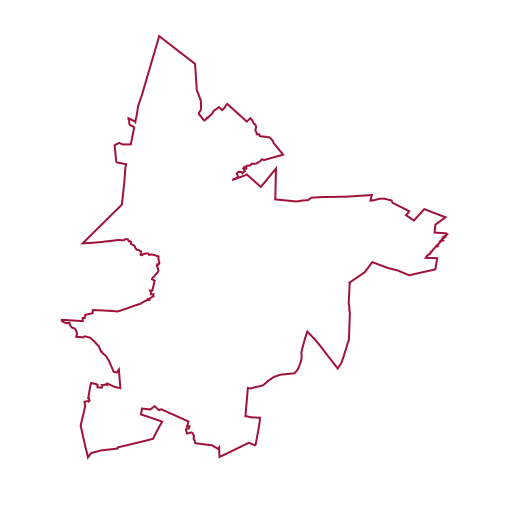 Tequixquiac, México, Mexico, rotated 274°
{"feature_id": "50627088B83518275291231", "entity_name": "Tequixquiac", "entity_type": "district", "adm_level": 2, "iso_a3": "MEX", "parent_name": "Mexico", "parent_adm1": "México", "projection": "orthographic", "projection_center": [-99.144, 19.894], "detail": "fine", "context": "isolated", "style": "outline", "palette": "rose", "viewbox_px": 512, "rotation_deg": 274, "n_neighbors": 0, "source": "geoboundaries", "source_scale": "gbopen_adm2", "svg_char_len": 5991}
<svg xmlns="http://www.w3.org/2000/svg" viewBox="0 0 512 512"><g transform="rotate(274 256 256)"><path d="M67.1,268.2L67.8,268.8L84.6,270.7L92.1,271.3L92.5,271.3L95.0,271.2L95.1,270.3L94.8,269.4L94.8,261.9L95.2,259.5L95.4,258.9L95.4,256.6L123.8,257.1L123.5,260.0L124.5,262.6L125.4,265.3L126.1,268.1L127.6,272.1L130.3,274.9L132.3,276.8L135.6,281.0L136.7,282.5L139.3,288.6L141.7,302.7L144.3,304.5L145.6,305.5L148.0,306.4L152.5,307.8L155.3,308.3L158.8,308.6L162.1,308.1L162.9,308.0L166.9,308.6L177.4,310.7L184.1,312.5L176.8,320.7L171.2,326.0L160.9,335.1L149.4,345.4L155.7,348.8L163.7,350.9L164.5,351.0L172.3,352.9L174.4,353.3L176.3,353.8L177.6,354.1L178.3,354.4L179.2,354.5L206.2,353.6L208.8,352.7L209.7,353.0L215.8,351.7L235.9,351.4L236.0,351.2L247.6,365.8L258.0,372.4L253.3,388.3L251.5,398.1L247.5,410.1L255.2,435.9L266.5,436.9L266.0,425.4L268.3,426.7L270.0,429.0L270.5,429.0L270.7,429.9L272.3,430.1L273.0,431.2L274.5,432.0L277.8,434.8L278.1,436.0L278.4,436.6L278.6,436.8L278.7,436.6L278.0,434.7L283.0,439.1L283.5,438.5L283.8,439.0L284.5,441.4L284.8,441.0L285.6,440.2L287.1,442.3L288.2,443.3L288.3,441.9L290.9,445.3L291.9,444.1L291.8,432.5L299.9,432.8L307.8,442.4L314.5,420.6L302.4,411.0L307.2,402.8L309.6,404.7L311.4,405.6L318.6,388.5L320.8,387.4L322.2,379.8L321.7,375.3L320.0,370.2L319.8,369.7L319.2,366.3L324.9,367.3L321.3,340.6L321.0,335.7L320.6,332.4L319.4,317.5L318.0,307.1L315.3,303.9L314.5,297.9L313.8,295.5L313.2,292.2L313.8,271.3L344.6,269.8L325.2,256.0L336.7,241.1L335.4,238.7L330.5,227.9L330.8,227.9L331.1,228.2L331.8,230.1L332.8,231.5L333.5,232.9L336.9,231.0L338.9,233.0L338.7,235.8L337.6,236.6L340.0,239.0L342.6,237.1L343.9,238.2L342.3,240.2L342.4,240.3L345.2,240.1L345.7,242.8L345.7,243.2L346.0,243.9L347.6,245.1L348.1,249.8L350.1,252.4L350.3,253.0L351.4,254.1L352.8,254.9L352.3,257.4L359.0,276.0L369.9,265.7L371.9,264.9L375.3,261.3L375.2,259.5L375.6,258.1L375.7,252.7L375.9,251.5L377.3,250.8L377.6,250.7L377.5,250.1L377.4,248.3L377.7,248.1L378.3,248.3L379.7,247.6L380.9,246.7L381.4,246.6L382.7,246.8L384.0,247.1L385.1,247.0L386.6,246.4L387.3,245.6L388.7,244.1L389.8,243.7L391.5,242.3L393.0,240.8L389.5,237.4L403.3,219.8L405.7,216.7L404.5,215.7L403.6,215.2L402.1,214.6L401.6,214.3L400.6,213.2L399.1,212.0L401.1,209.7L401.9,208.6L401.5,208.2L399.7,206.1L398.4,204.1L395.2,202.4L394.2,201.7L392.9,200.5L392.3,199.8L390.3,198.1L390.4,197.8L390.3,197.6L390.5,197.4L389.9,197.0L389.7,196.9L389.2,196.6L388.4,196.0L387.8,195.4L387.5,194.9L393.5,189.2L394.2,189.0L394.9,189.0L396.5,190.1L397.7,190.7L401.1,190.8L407.3,190.1L417.6,185.3L443.4,181.8L465.4,148.8L468.6,144.1L408.9,131.0L397.5,128.0L386.8,127.0L383.5,126.5L381.3,126.3L382.0,125.7L383.0,122.8L383.6,121.5L383.8,121.0L384.6,119.1L384.2,119.1L383.8,119.2L383.3,119.5L382.6,119.9L381.8,120.1L380.0,120.2L379.2,120.4L378.5,120.7L377.9,121.4L377.4,122.2L377.1,122.7L376.7,124.5L376.3,124.9L376.1,125.0L375.7,125.5L358.6,123.3L358.3,119.4L358.0,115.7L358.1,114.8L359.0,112.4L359.2,111.9L359.2,111.5L358.8,110.8L357.5,108.6L356.6,107.2L350.5,108.3L346.9,108.9L342.6,109.6L340.0,110.2L339.6,111.3L339.5,111.8L338.5,120.0L335.9,119.7L335.4,119.6L326.4,119.5L320.6,119.5L297.9,118.6L263.7,88.5L256.5,82.3L257.1,86.8L257.3,87.7L257.3,89.0L259.3,101.7L259.8,103.7L260.3,106.7L260.2,106.8L260.5,107.6L260.9,110.1L262.5,117.9L262.3,121.3L262.6,123.2L263.6,124.3L263.9,125.8L263.7,127.0L262.0,127.9L261.8,128.3L262.0,129.4L261.4,130.4L260.1,130.2L259.9,130.2L259.5,130.4L259.2,130.6L258.0,133.5L256.9,134.7L256.0,134.8L254.4,136.1L253.7,137.1L253.9,138.2L252.5,141.0L249.1,140.8L248.8,142.3L250.2,143.5L251.0,147.4L250.9,148.4L249.7,149.3L249.8,150.1L250.1,150.7L250.2,151.6L250.1,153.5L249.4,156.5L248.9,157.3L249.0,158.2L248.8,158.8L246.6,158.8L245.3,159.2L242.5,159.8L242.4,160.1L240.6,159.3L240.9,158.9L240.9,158.1L239.7,157.7L238.9,157.8L236.8,159.0L234.6,159.7L232.7,159.1L230.4,157.1L230.2,157.0L229.0,156.3L228.2,155.5L227.6,154.8L226.8,154.2L225.5,153.9L224.3,156.7L222.2,156.3L217.7,155.6L215.8,155.2L216.2,155.0L214.3,155.1L214.2,153.3L214.1,152.7L213.3,153.4L211.9,153.9L210.4,154.0L210.7,156.4L209.4,156.4L208.8,156.2L208.6,156.4L206.0,152.6L204.8,152.8L204.9,152.3L204.7,151.7L205.3,151.0L204.6,150.7L202.1,146.5L202.0,146.3L200.7,144.7L200.3,144.1L196.2,134.0L195.9,133.7L192.3,125.2L191.0,121.7L191.1,114.9L191.0,110.5L191.0,109.2L191.0,107.5L190.7,96.9L187.5,97.0L185.6,90.5L185.6,90.3L185.4,89.8L185.2,89.7L184.6,89.6L182.2,89.6L182.1,89.0L182.1,87.4L181.4,87.4L180.8,87.5L178.9,87.7L178.9,83.1L178.9,81.8L178.9,79.3L178.8,73.2L178.9,72.0L178.8,68.4L178.8,66.7L177.9,66.8L177.1,67.5L175.7,71.4L176.0,71.8L176.3,74.6L175.5,74.8L174.9,74.8L172.8,76.4L171.5,77.8L171.4,79.4L170.9,80.2L169.6,81.4L169.0,81.9L167.1,82.5L165.1,82.9L163.1,82.3L162.6,82.4L163.0,85.6L162.6,88.9L163.0,89.0L163.9,90.9L163.0,96.1L162.8,96.4L161.1,98.5L159.6,100.4L158.0,102.4L157.7,102.5L155.0,105.4L150.1,108.0L150.3,108.2L150.2,108.4L147.8,110.3L146.5,112.5L144.8,114.1L140.8,116.8L132.7,121.0L130.5,122.1L130.0,125.1L133.2,127.1L114.7,129.9L115.5,124.1L116.4,121.9L118.5,116.5L118.3,116.0L118.1,115.8L117.1,116.3L117.2,115.8L117.1,115.5L117.0,114.0L116.7,112.9L116.5,112.5L116.5,111.7L116.5,111.4L116.0,111.7L114.0,111.4L113.9,107.0L116.5,106.9L116.5,106.3L116.8,106.0L116.8,105.5L117.1,105.4L117.1,105.0L117.8,100.4L114.5,99.7L102.9,98.6L103.1,99.0L99.9,100.0L99.5,99.6L99.8,99.5L98.6,95.0L94.3,96.1L74.5,92.9L50.5,100.1L49.2,100.7L43.4,102.4L47.7,105.1L48.0,105.5L51.3,115.2L54.2,131.2L55.0,131.5L55.4,131.4L59.6,144.8L63.7,157.7L66.5,166.1L68.6,166.9L69.4,167.2L73.8,169.1L81.4,172.6L84.2,174.0L88.5,158.0L89.5,154.0L90.0,152.2L95.9,153.0L95.5,161.2L99.1,165.4L95.4,170.0L96.5,172.2L86.2,200.2L81.4,199.1L81.5,201.5L79.2,201.0L79.1,198.6L77.8,198.2L74.1,199.6L75.5,204.0L74.8,205.2L73.6,205.8L73.0,206.1L72.6,206.5L72.2,206.8L71.7,206.8L70.1,206.4L69.1,206.6L68.5,206.9L68.0,207.5L66.2,208.2L65.0,208.5L64.1,225.4L60.9,231.6L62.4,232.5L53.0,233.6L57.2,241.2L69.2,261.9L67.1,268.2Z" fill="none" stroke="#9f1239" stroke-width="2"/></g></svg>